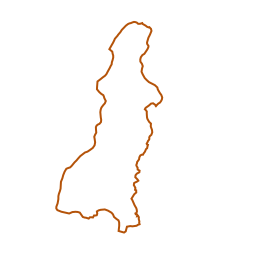 outline of Lawas, Sarawak, Malaysia, rotated 202°
{"feature_id": "92858781B12558233193799", "entity_name": "Lawas", "entity_type": "district", "adm_level": 2, "iso_a3": "MYS", "parent_name": "Malaysia", "parent_adm1": "Sarawak", "projection": "robinson", "projection_center": [115.436, 4.467], "detail": "fine", "context": "isolated", "style": "outline", "palette": "amber", "viewbox_px": 256, "rotation_deg": 202, "n_neighbors": 0, "source": "geoboundaries", "source_scale": "gbopen_adm2", "svg_char_len": 3060}
<svg xmlns="http://www.w3.org/2000/svg" viewBox="0 0 256 256"><g transform="rotate(202 128 128)"><path d="M153.6,230.0L154.1,230.6L155.9,229.1L157.6,228.4L159.2,229.0L160.6,229.0L162.2,228.6L163.4,227.6L164.7,226.3L165.9,225.5L167.0,224.3L168.3,222.1L170.5,216.6L171.0,213.9L172.1,210.7L172.2,209.9L173.6,205.8L173.6,204.1L173.8,201.4L174.1,199.4L174.8,194.1L171.2,192.9L169.9,190.9L168.9,189.7L168.1,187.8L167.7,184.9L167.6,183.0L167.0,180.8L167.3,179.0L167.4,177.0L167.9,172.9L168.2,169.8L168.9,167.8L170.3,165.6L171.8,162.9L173.7,159.7L172.1,154.6L171.3,152.3L168.2,150.6L165.5,149.6L163.2,149.2L162.1,148.1L161.1,146.8L158.7,144.7L158.7,142.2L159.5,140.0L160.3,137.0L160.2,134.8L159.6,132.3L157.2,127.6L155.9,125.5L155.3,123.4L156.0,121.2L157.3,119.8L158.0,118.5L158.1,116.8L157.3,115.0L155.7,111.8L156.0,109.3L156.0,107.2L154.9,105.5L153.1,102.4L152.5,99.4L153.2,96.3L155.0,93.4L156.7,90.9L158.7,89.2L161.7,84.1L162.8,81.1L163.6,78.6L164.7,76.1L166.0,71.9L166.9,69.8L168.6,68.4L169.9,67.1L170.4,63.8L170.4,60.0L170.0,56.8L170.0,53.0L167.8,46.5L167.5,43.9L167.4,41.0L167.0,38.7L165.9,35.9L165.0,31.6L165.0,30.0L164.9,28.0L164.3,26.5L162.7,25.4L158.4,25.4L150.5,26.7L148.1,29.2L145.4,30.6L143.2,31.3L141.0,31.5L136.6,28.6L134.8,28.7L133.2,29.1L130.5,29.3L129.9,30.9L128.6,31.5L127.0,31.9L126.7,34.2L125.5,34.6L124.3,35.4L124.4,37.0L125.6,39.0L124.4,40.6L122.7,41.9L119.0,43.8L115.6,43.9L111.6,43.3L109.6,42.3L107.6,40.3L104.5,39.3L102.2,38.8L100.8,37.1L99.5,34.0L98.1,29.0L92.5,29.6L91.4,31.3L92.0,36.1L89.2,37.9L87.0,38.5L83.4,40.6L82.6,41.9L81.2,43.1L82.2,44.5L82.5,45.7L84.0,47.7L84.5,49.3L85.6,50.2L86.5,49.6L86.6,50.7L87.2,51.2L88.5,50.9L89.1,51.6L88.4,52.4L88.4,53.8L89.1,55.2L90.2,56.7L93.0,58.9L97.1,62.9L98.3,63.7L98.0,65.4L97.4,68.9L96.2,71.3L97.1,73.3L98.3,73.3L98.7,75.2L100.0,76.3L101.2,77.2L101.7,79.2L100.8,80.4L99.7,81.5L98.7,83.0L99.8,83.8L102.8,85.1L103.3,87.0L102.7,89.0L100.9,91.2L101.3,92.8L103.5,93.1L104.3,94.9L105.4,95.6L106.4,96.7L106.5,98.8L106.8,99.8L106.0,103.0L106.5,105.1L106.3,107.1L105.4,108.3L104.1,108.9L104.0,110.3L103.5,112.0L103.4,113.1L103.4,115.1L102.7,116.4L103.0,117.9L103.2,119.8L103.8,119.7L104.8,120.4L104.6,121.9L104.6,123.3L104.1,125.1L104.1,125.8L104.8,127.3L104.7,128.6L103.8,130.4L103.9,133.1L105.1,135.3L106.4,136.7L107.5,138.0L108.4,140.7L110.7,141.6L113.4,143.7L114.3,144.9L115.1,146.5L116.1,148.6L116.8,150.4L118.3,151.3L119.4,151.7L119.2,153.3L118.1,155.0L117.2,156.4L116.5,157.7L115.8,159.2L114.0,160.3L111.1,159.6L110.5,158.8L110.3,158.7L109.7,160.6L109.0,162.1L107.9,163.5L107.4,165.5L107.3,167.3L107.7,169.1L109.5,171.1L111.6,172.4L114.8,174.9L116.0,176.6L119.2,177.8L122.4,178.1L125.8,178.4L128.5,179.4L131.2,180.6L134.4,183.2L136.5,185.2L137.2,188.0L137.5,190.9L139.1,192.7L141.4,194.2L142.3,196.2L142.6,198.4L142.0,201.0L140.6,202.9L139.5,208.2L139.4,210.5L139.7,211.7L141.8,213.2L142.4,214.5L142.9,219.5L142.7,221.5L142.6,223.2L142.6,226.8L143.8,228.5L146.0,229.5L146.3,229.2L146.5,229.0L148.4,229.0L149.9,229.5L152.1,229.8L153.6,230.0Z" fill="none" stroke="#b45309" stroke-width="2"/></g></svg>